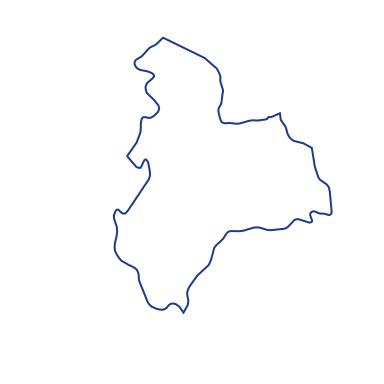 outline of Harghita, rotated 217°
{"feature_id": "ROU-307", "entity_name": "Harghita", "entity_type": "County", "adm_level": 1, "iso_a3": "ROU", "parent_name": "Romania", "parent_adm1": "", "projection": "equal_earth", "projection_center": [25.588, 46.623], "detail": "fine", "context": "isolated", "style": "outline", "palette": "blue", "viewbox_px": 384, "rotation_deg": 217, "n_neighbors": 0, "source": "natural_earth", "source_scale": "10m", "svg_char_len": 2415}
<svg xmlns="http://www.w3.org/2000/svg" viewBox="0 0 384 384"><g transform="rotate(217 192 192)"><path d="M262.8,306.6L246.5,305.5L241.7,303.3L238.6,301.1L237.2,298.9L235.6,297.1L228.6,292.1L227.5,290.5L226.5,288.4L222.1,280.8L221.6,278.6L221.3,276.5L220.9,274.4L219.6,272.5L217.7,270.7L213.1,267.1L210.4,265.7L208.1,266.1L206.1,267.4L204.1,269.4L198.3,272.8L195.4,275.1L189.2,283.3L186.6,285.9L182.9,288.3L176.7,294.4L175.9,295.8L176.1,297.8L174.4,299.1L173.5,300.0L169.2,307.8L164.5,303.0L156.7,300.5L154.1,298.7L151.2,296.3L147.6,294.5L144.6,293.9L141.7,294.0L132.1,298.0L122.8,299.3L109.2,286.2L100.0,279.8L97.1,278.8L89.0,279.1L85.6,278.1L82.4,275.5L68.7,260.4L67.7,258.5L67.9,257.1L69.1,255.8L73.0,254.4L74.7,253.4L75.9,252.4L77.4,251.5L81.5,250.6L83.5,249.7L84.5,248.1L84.6,245.8L83.3,244.3L78.6,241.3L78.5,239.7L79.8,238.2L90.7,234.3L92.5,232.8L93.4,230.9L94.3,222.5L95.0,220.0L96.4,217.9L106.7,208.4L108.9,207.1L116.3,204.4L119.2,202.6L121.4,200.5L127.7,192.0L130.2,189.5L137.7,184.0L139.2,181.8L139.5,179.6L139.0,173.6L139.6,169.4L140.6,164.5L140.7,161.4L140.1,159.3L139.4,157.8L135.7,148.5L134.7,143.6L137.5,128.4L137.1,114.9L136.4,111.4L135.3,108.7L133.6,106.7L129.7,103.2L128.2,100.8L127.3,98.9L126.2,90.5L132.6,92.7L134.8,92.8L137.4,92.7L139.6,91.8L141.3,90.4L142.2,88.6L142.5,86.8L142.5,84.7L143.0,82.6L144.7,80.1L147.6,78.4L151.0,77.1L155.2,76.2L158.2,76.4L161.1,77.4L180.5,89.1L182.4,90.9L184.1,93.0L186.2,95.0L189.0,96.6L191.7,96.9L195.3,96.5L197.8,95.8L206.9,94.6L210.7,95.4L215.6,97.3L218.2,98.8L220.6,101.3L222.7,104.7L225.6,111.2L227.7,115.0L230.8,118.7L236.6,122.6L239.1,124.7L240.6,126.9L241.5,130.6L241.4,132.4L240.7,133.4L239.6,133.5L236.4,133.0L234.7,133.1L233.4,133.7L232.5,134.7L232.1,136.5L232.0,138.9L234.1,175.9L234.9,178.7L236.3,181.1L238.9,183.9L244.7,189.1L246.7,190.1L248.5,190.3L249.2,188.9L248.9,186.8L247.8,182.1L247.8,180.1L249.6,179.0L251.3,178.5L265.4,181.6L266.0,198.3L269.0,208.4L271.2,212.1L273.8,215.4L276.0,219.6L276.2,222.1L274.5,223.7L272.1,224.5L269.7,226.4L268.3,229.4L267.3,235.6L268.4,238.8L270.8,240.9L277.9,242.7L287.1,243.8L289.6,245.1L292.2,247.7L293.2,250.3L293.3,252.9L292.0,258.2L291.8,261.3L293.3,262.7L295.8,262.8L300.3,261.5L307.1,258.2L309.7,257.8L312.1,258.1L315.0,259.7L316.1,261.6L316.3,263.7L314.0,269.5L313.6,271.5L312.9,280.6L312.1,282.9L310.0,286.9L309.3,289.3L308.0,297.8L262.8,306.6Z" fill="none" stroke="#1e3a8a" stroke-width="2"/></g></svg>